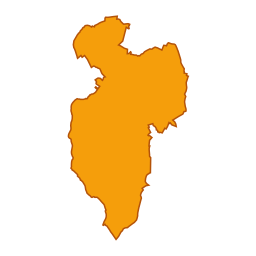 outline of Sanmihaiu De Campie, Bistrita-Nasaud, Romania, rotated 271°
{"feature_id": "2599482B31032978484470", "entity_name": "Sanmihaiu De Campie", "entity_type": "district", "adm_level": 2, "iso_a3": "ROU", "parent_name": "Romania", "parent_adm1": "Bistrita-Nasaud", "projection": "robinson", "projection_center": [24.329, 46.892], "detail": "fine", "context": "isolated", "style": "filled", "palette": "amber", "viewbox_px": 256, "rotation_deg": 271, "n_neighbors": 0, "source": "geoboundaries", "source_scale": "gbopen_adm2", "svg_char_len": 5730}
<svg xmlns="http://www.w3.org/2000/svg" viewBox="0 0 256 256"><g transform="rotate(271 128 128)"><path d="M213.9,166.8L212.9,165.9L212.3,165.6L211.4,165.3L210.9,165.0L211.1,164.4L211.3,162.3L206.5,160.5L207.5,158.5L207.5,158.3L208.6,156.2L208.9,155.0L209.2,154.2L209.3,154.0L209.2,153.4L209.0,152.9L208.3,152.0L208.2,151.6L208.1,151.4L207.7,151.2L207.3,150.5L207.3,149.5L207.3,149.1L207.5,148.6L206.0,145.7L205.0,144.0L204.5,143.2L202.7,141.8L202.1,140.1L201.4,139.4L200.9,139.0L200.3,138.5L200.6,137.7L200.4,137.1L200.1,136.5L201.0,135.2L201.1,132.9L201.4,131.8L201.6,131.0L201.7,129.4L203.2,129.8L204.2,129.4L204.3,129.2L203.3,128.5L202.6,127.6L202.5,127.4L202.3,126.0L206.7,126.1L207.7,122.9L210.0,119.1L210.8,117.1L214.8,121.2L228.7,124.5L227.3,126.7L227.3,127.2L227.6,127.4L229.0,126.9L229.7,127.0L230.9,127.3L230.8,127.6L231.7,127.9L232.1,127.0L232.3,126.2L231.9,123.0L231.8,122.1L231.8,121.7L234.0,119.3L235.1,118.5L236.0,118.1L236.3,117.9L236.7,116.6L236.8,115.8L236.7,114.9L239.6,115.3L239.1,111.3L238.4,107.0L238.3,105.7L238.3,103.6L237.4,103.1L235.9,103.1L235.5,103.0L234.8,103.1L234.5,102.7L234.2,101.7L233.3,99.3L232.4,97.5L232.0,96.9L231.5,96.2L230.8,94.9L229.9,93.0L229.2,92.9L228.6,92.7L228.9,91.6L229.3,90.5L228.3,89.9L229.6,87.6L230.0,85.5L229.6,83.4L228.6,82.6L227.8,82.1L227.8,81.6L227.2,80.9L226.4,80.6L225.7,80.0L224.2,78.6L223.0,78.2L222.2,77.4L221.8,76.8L221.1,76.5L220.5,75.9L214.2,72.4L210.3,71.9L207.6,72.4L206.1,73.2L204.1,74.0L198.8,75.8L197.5,76.1L196.8,76.4L199.7,79.7L197.9,80.9L199.7,83.3L195.8,86.3L187.9,90.3L188.9,91.8L189.3,92.6L189.2,93.2L189.0,93.7L188.3,94.7L188.1,95.1L188.0,96.1L187.4,96.8L187.2,97.2L187.1,97.9L186.7,98.6L186.4,99.0L185.8,99.3L182.5,100.7L181.5,101.4L178.7,104.2L178.4,103.2L177.8,102.6L175.9,102.1L175.2,101.6L176.0,100.6L176.6,100.2L177.1,99.5L177.3,98.6L177.4,97.6L177.3,96.9L175.6,94.4L175.1,94.8L175.0,95.0L174.8,95.0L174.7,94.9L174.4,95.3L173.7,95.7L173.1,95.7L172.5,95.3L172.1,95.3L171.7,95.4L171.4,95.6L169.6,98.3L169.2,99.0L167.0,97.5L167.8,96.0L168.6,95.1L167.9,94.5L167.1,95.3L166.0,96.8L163.1,94.9L163.0,94.7L162.2,93.7L161.6,92.7L161.4,92.2L161.3,91.1L161.1,90.7L160.5,89.9L160.6,89.5L160.4,89.3L159.9,89.2L159.5,88.9L159.3,88.4L158.1,87.4L157.2,87.1L156.5,86.5L156.5,86.3L156.8,85.5L156.5,85.3L155.8,82.8L155.8,79.8L156.1,78.9L156.0,78.5L156.1,77.6L156.3,77.0L156.4,76.6L156.1,76.2L155.6,75.5L155.1,74.7L152.5,72.4L152.1,72.2L151.6,71.8L151.2,71.6L150.2,71.1L149.1,70.9L148.3,70.8L147.6,70.8L146.6,70.9L144.8,70.7L144.2,70.8L143.4,70.9L142.7,71.2L141.9,71.4L140.8,71.6L139.7,72.1L139.2,72.1L136.6,72.1L134.6,71.8L133.5,71.4L132.5,71.0L131.5,70.9L129.2,70.7L128.1,70.9L126.2,71.0L125.2,70.9L121.9,69.3L120.7,68.8L119.5,68.6L118.3,68.6L117.6,68.9L116.9,69.6L116.2,70.8L115.6,71.3L113.8,71.4L112.4,71.8L111.1,72.3L109.9,72.7L108.5,72.7L103.7,71.9L102.1,71.9L101.0,72.1L98.8,72.9L97.4,73.7L95.9,73.4L95.0,72.6L94.8,72.6L93.7,72.3L92.8,72.2L91.0,72.1L89.1,72.1L88.5,72.2L86.8,71.7L86.5,72.0L85.7,72.7L85.3,72.9L85.1,72.9L85.0,73.2L84.6,73.6L84.6,73.9L84.1,74.5L80.6,78.3L80.3,78.5L79.1,78.3L78.3,79.1L78.1,79.5L77.9,79.7L76.9,80.7L75.0,81.4L75.0,81.5L74.9,82.1L73.9,83.0L73.8,83.3L73.6,83.5L73.3,83.7L71.7,84.7L70.6,85.4L69.6,86.0L68.5,86.3L65.6,86.8L64.0,87.5L62.4,88.1L62.1,88.2L61.9,88.4L61.5,88.9L60.6,89.8L59.4,91.6L59.1,91.7L58.5,92.3L58.2,92.5L58.0,93.2L58.8,95.0L58.5,95.6L58.3,95.7L58.1,96.0L58.1,96.3L58.2,97.7L58.1,98.5L56.6,100.2L55.1,101.7L54.2,102.4L51.5,105.0L50.9,105.5L50.3,105.7L47.8,106.5L45.8,107.3L45.5,107.4L45.3,107.4L45.1,107.2L44.8,106.8L44.5,106.8L43.9,106.9L41.6,107.7L40.1,107.8L38.4,107.7L36.6,107.1L34.1,105.8L30.6,104.6L30.3,105.3L30.5,105.4L31.3,106.7L30.4,107.2L29.9,108.0L29.7,108.6L25.3,111.7L24.0,112.4L21.9,114.1L16.4,118.0L18.1,119.4L19.7,120.6L22.6,122.1L23.7,122.7L24.3,123.2L25.1,124.1L26.7,124.9L27.2,125.2L27.4,125.6L28.1,126.9L28.4,129.3L29.3,130.2L32.5,134.3L33.7,136.0L36.3,138.2L36.9,138.3L37.8,138.6L39.9,139.1L40.8,139.2L41.2,139.1L42.3,139.2L43.2,139.2L48.5,140.2L50.5,140.7L56.7,142.2L58.0,142.6L58.6,142.5L59.4,142.3L60.3,141.8L61.0,141.7L62.1,141.9L63.5,142.4L64.4,142.9L65.4,143.6L66.3,144.3L67.9,143.2L70.5,146.8L71.2,149.7L72.7,147.6L73.9,146.7L75.0,146.2L78.0,146.5L78.7,146.7L79.9,147.0L81.2,147.6L81.8,148.2L82.1,148.6L82.4,149.0L82.6,149.5L83.1,150.0L83.4,150.4L83.6,151.2L98.8,151.2L99.4,150.7L99.7,150.2L99.9,150.1L100.9,150.0L101.9,150.0L105.9,149.6L107.5,149.5L108.5,149.6L110.4,150.1L110.4,149.3L113.4,149.5L116.1,149.8L116.7,150.3L118.9,152.1L119.3,151.5L120.3,150.4L120.7,149.6L120.9,149.1L120.7,148.6L121.2,148.1L122.8,149.3L123.9,150.7L124.8,150.2L128.6,148.3L129.2,149.2L131.3,148.2L132.8,152.7L131.0,153.2L130.8,153.4L129.9,155.0L128.4,156.0L127.6,156.4L126.7,156.3L126.3,157.2L126.0,157.5L125.4,157.8L124.7,157.8L124.5,158.1L124.5,158.6L124.5,158.8L124.4,159.0L124.2,159.2L123.9,159.3L123.9,159.6L124.1,160.0L124.2,160.5L124.0,161.3L123.7,162.3L128.4,164.8L127.7,166.1L130.0,167.4L134.1,168.9L133.3,169.7L133.8,170.2L131.9,171.8L130.3,176.2L132.8,175.7L134.9,174.6L136.7,172.6L140.4,178.3L142.9,182.6L145.4,183.7L145.7,185.5L146.2,185.7L147.4,185.7L148.0,185.6L148.6,185.5L149.8,185.1L151.0,184.8L154.4,184.2L155.3,184.1L156.2,184.2L158.6,184.6L159.6,184.9L160.4,185.2L162.9,184.0L165.9,185.4L168.3,185.9L169.8,186.0L171.4,185.7L174.3,185.4L175.1,185.6L177.3,186.3L180.2,187.1L180.8,187.4L181.5,185.6L183.2,186.0L183.9,183.2L185.3,183.3L185.5,183.1L186.7,183.0L188.2,183.2L189.7,182.2L191.4,181.2L193.2,180.2L194.7,179.6L196.2,179.6L197.1,179.5L199.2,178.9L200.6,178.4L201.3,178.2L202.8,177.7L206.1,176.6L207.1,176.1L208.5,175.6L211.3,174.3L212.1,173.8L212.6,172.9L212.7,172.5L212.8,171.0L213.0,169.7L213.8,167.5L213.9,166.8Z" fill="#f59e0b" stroke="#b45309" stroke-width="1.5"/></g></svg>